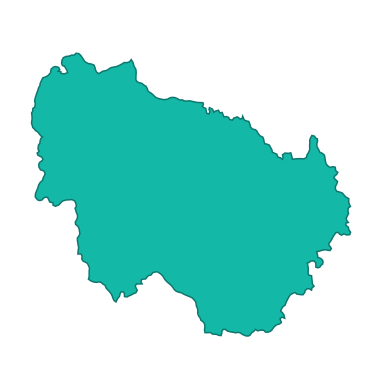 outline of Bambuí, Minas Gerais, Brazil, rotated 265°
{"feature_id": "56859067B81413101351729", "entity_name": "Bambuí", "entity_type": "district", "adm_level": 2, "iso_a3": "BRA", "parent_name": "Brazil", "parent_adm1": "Minas Gerais", "projection": "albers", "projection_center": [-45.998, -20.124], "detail": "fine", "context": "isolated", "style": "filled", "palette": "teal", "viewbox_px": 384, "rotation_deg": 265, "n_neighbors": 0, "source": "geoboundaries", "source_scale": "gbopen_adm2", "svg_char_len": 5915}
<svg xmlns="http://www.w3.org/2000/svg" viewBox="0 0 384 384"><g transform="rotate(265 192 192)"><path d="M316.1,51.7L313.4,50.2L311.4,49.8L309.1,48.2L306.5,47.2L304.1,46.0L301.6,45.0L299.9,44.2L298.0,43.6L296.2,43.1L294.1,43.6L292.3,43.3L290.1,42.6L289.2,40.8L286.4,40.4L284.8,39.1L282.2,39.2L278.8,39.1L276.9,38.6L274.7,38.1L272.3,38.6L270.1,39.0L268.5,40.4L266.9,41.4L265.3,43.5L262.9,45.1L261.1,46.3L259.9,47.9L258.4,46.0L256.1,45.1L254.0,44.8L252.2,43.2L250.0,42.6L247.8,42.4L245.7,43.3L244.3,41.1L242.1,41.7L240.8,43.7L239.7,45.5L237.3,46.4L235.9,44.7L234.8,42.8L233.1,41.8L230.1,41.7L227.3,43.0L225.9,46.3L223.1,47.3L221.4,46.5L219.5,45.2L216.5,44.0L214.9,41.7L212.5,39.9L209.6,38.8L207.3,37.6L203.8,35.9L200.7,35.4L198.8,36.6L197.3,37.9L196.7,39.8L197.3,42.2L198.9,43.5L199.6,45.7L199.2,47.7L196.8,48.6L194.4,49.4L193.3,52.6L191.0,52.4L189.7,54.8L190.8,58.3L192.6,60.2L194.3,62.3L195.0,65.8L194.9,69.5L194.9,71.8L193.3,74.4L189.9,75.5L187.5,75.4L186.0,74.1L184.0,74.6L181.3,75.1L178.9,75.9L176.4,75.7L174.0,74.4L172.2,73.1L169.8,73.2L167.9,75.3L165.4,76.3L160.2,76.7L157.8,75.3L156.3,73.8L153.3,73.6L150.1,73.9L146.4,74.2L143.6,73.5L140.2,72.9L139.9,76.0L137.6,77.0L134.9,76.3L132.6,77.5L131.5,79.5L130.0,81.6L127.3,82.6L125.0,83.3L122.7,82.7L116.8,82.2L114.2,81.2L112.4,83.3L110.9,86.2L110.3,89.0L110.6,91.2L110.0,93.4L107.9,95.4L106.6,97.3L103.9,98.0L100.6,100.6L97.8,102.5L95.2,103.5L92.7,104.1L90.6,105.0L89.1,106.7L92.2,108.5L94.3,110.6L96.7,111.4L98.7,112.6L98.4,114.7L96.9,115.8L93.7,115.6L93.1,118.2L94.0,120.0L94.5,121.9L95.6,124.3L96.5,127.3L98.8,128.9L101.4,127.9L103.2,127.2L105.2,128.6L105.0,131.4L104.8,134.3L106.9,133.4L109.0,133.9L109.5,135.9L109.4,138.2L111.3,139.9L112.5,141.4L113.0,144.1L115.2,146.0L115.5,148.3L115.5,150.5L114.4,152.1L112.4,154.4L110.1,156.0L108.2,156.8L106.3,158.0L104.0,159.9L101.4,162.6L99.0,164.4L96.2,165.9L94.4,167.8L93.3,170.1L92.5,172.7L90.6,175.4L89.4,177.7L88.4,179.6L86.8,182.6L84.9,184.3L82.4,186.0L80.1,186.4L78.1,186.4L75.9,187.2L73.3,187.5L71.3,187.1L68.5,187.5L65.8,189.1L63.4,189.7L62.1,191.4L59.6,193.0L56.4,193.1L53.6,192.4L50.7,192.7L50.5,196.0L50.3,198.4L48.7,199.9L48.1,203.8L46.9,206.2L46.4,208.4L48.5,209.3L50.6,209.6L52.4,211.0L52.3,213.2L50.4,215.1L49.2,218.5L48.5,221.4L47.9,223.2L48.2,225.5L47.5,227.8L45.8,229.7L44.0,233.0L43.6,235.4L44.3,237.3L46.5,239.1L47.9,241.5L49.6,243.3L48.0,245.2L48.4,248.4L48.0,251.4L46.0,253.0L45.8,255.6L46.3,257.8L47.5,259.5L49.2,260.9L50.8,262.4L52.4,264.9L52.9,267.7L54.2,269.7L56.3,269.1L58.1,268.6L59.5,270.7L58.2,273.3L61.6,272.9L64.1,271.4L65.4,269.9L67.3,270.7L69.6,272.4L71.3,275.0L73.0,275.7L75.0,276.8L77.1,278.1L79.0,279.4L81.1,281.1L82.5,284.2L82.8,286.1L81.2,287.5L80.3,291.0L80.0,293.7L82.0,295.5L84.2,296.3L85.5,298.2L85.4,300.4L83.8,302.5L85.9,303.1L87.5,305.4L89.7,304.0L93.5,303.9L96.1,303.8L98.2,303.8L99.0,301.0L101.2,300.6L103.6,300.9L106.0,301.2L108.5,301.0L111.2,300.7L111.6,302.6L112.8,304.1L112.7,307.7L110.5,309.1L108.5,309.1L106.3,308.8L105.5,310.9L106.1,312.9L107.7,314.1L108.9,315.9L110.9,316.5L112.7,316.1L114.6,314.5L115.8,311.7L118.9,311.5L121.7,311.0L121.9,313.4L122.4,315.7L122.8,317.9L122.8,320.2L122.0,322.4L121.7,324.5L123.5,325.9L125.3,325.1L126.9,323.7L129.0,324.1L130.5,325.5L132.6,327.1L135.1,328.6L137.1,330.2L138.8,331.5L139.1,334.1L137.1,335.4L136.0,337.3L137.1,339.8L135.8,342.0L135.7,345.4L138.1,346.5L140.5,345.0L143.3,344.7L145.4,342.4L147.7,342.7L148.0,345.1L150.0,343.7L152.2,343.3L154.3,344.4L156.9,346.1L159.5,345.7L162.3,346.2L163.8,348.6L165.5,347.9L167.3,347.4L169.4,347.3L171.8,347.6L173.5,344.9L175.5,343.3L177.8,341.8L179.1,339.1L180.0,336.3L182.5,335.1L185.1,335.4L187.2,336.8L189.8,337.9L191.7,336.2L193.9,334.5L195.7,335.9L196.8,337.6L198.9,339.0L200.8,337.0L204.2,336.9L204.9,334.6L204.5,331.4L206.2,329.6L208.4,328.0L211.3,327.6L214.2,327.4L217.3,327.1L219.1,325.3L220.4,322.9L223.5,321.7L226.2,320.5L229.1,320.5L231.4,321.5L234.1,321.5L235.0,319.7L236.9,319.0L237.9,316.4L234.9,314.4L232.8,313.7L230.7,313.7L228.8,313.3L226.3,313.1L223.8,312.9L221.5,311.7L218.8,309.7L216.4,309.1L215.3,306.5L215.6,304.3L215.9,301.6L216.0,298.4L215.9,294.9L219.2,294.5L222.4,293.8L222.1,291.5L222.7,288.0L221.1,285.3L219.0,285.8L216.7,285.0L218.5,282.9L219.2,280.6L222.3,279.8L223.4,277.7L224.6,275.5L227.0,275.3L229.2,274.3L232.0,273.1L233.2,270.8L233.7,268.7L235.8,268.2L238.2,268.0L240.4,267.4L242.1,264.6L244.9,262.8L247.4,261.8L248.8,260.1L249.3,257.9L251.4,256.1L254.8,255.5L257.4,254.7L257.9,252.7L259.2,250.3L263.1,249.1L260.6,248.2L260.7,246.1L262.9,243.7L262.0,240.0L260.0,238.5L261.0,235.8L263.2,234.9L264.1,232.8L264.3,230.1L266.2,229.7L268.6,229.0L268.4,226.6L271.1,225.5L270.6,222.4L269.5,220.7L272.7,219.7L274.5,216.7L272.6,216.1L270.6,216.8L268.4,215.9L268.9,213.6L271.1,213.3L274.1,213.0L275.1,211.1L276.4,209.7L278.1,211.0L280.0,210.7L280.4,207.8L280.8,204.8L281.7,201.8L282.7,198.9L283.1,196.9L283.1,194.5L283.4,192.1L284.6,190.6L284.7,187.8L286.3,185.6L287.6,183.0L288.0,180.7L287.8,178.3L286.6,175.8L286.4,172.3L287.1,169.7L288.0,166.7L289.4,164.1L291.8,162.1L294.0,160.0L295.2,158.2L296.6,156.9L298.8,156.5L301.3,155.4L302.8,153.3L304.6,151.6L305.3,149.4L306.4,147.1L308.7,145.9L311.0,146.1L313.2,146.4L316.0,146.8L319.0,146.8L320.9,145.9L322.9,145.1L326.2,144.5L329.2,143.0L327.2,141.2L326.5,138.5L326.9,135.8L325.7,133.5L324.6,130.9L323.7,128.3L323.3,125.3L323.0,122.3L322.0,120.1L320.7,118.1L320.3,115.5L320.1,113.5L319.0,111.4L318.0,109.4L320.0,107.2L322.2,106.5L324.5,106.2L326.9,105.5L328.3,102.8L328.9,100.2L330.1,98.1L331.5,96.4L333.6,95.4L336.1,94.0L337.9,93.0L339.6,91.4L340.4,88.6L338.6,86.7L338.9,84.3L338.1,81.6L338.0,78.2L337.0,75.5L334.7,74.0L331.4,73.3L329.2,74.0L328.3,76.0L326.0,77.1L323.8,78.1L321.7,78.4L320.8,75.0L321.5,71.9L323.3,71.8L324.0,69.2L325.4,70.9L327.8,70.0L328.9,67.0L328.3,64.4L326.6,62.3L323.0,61.4L320.5,58.6L319.3,55.8L318.8,53.4L316.1,51.7Z" fill="#14b8a6" stroke="#0f766e" stroke-width="1.5"/></g></svg>